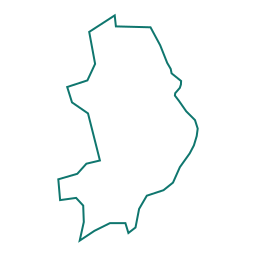 map outline of Krimuldas (Mercator projection)
{"feature_id": "LVA-5768", "entity_name": "Krimuldas", "entity_type": "Municipality", "adm_level": 1, "iso_a3": "LVA", "parent_name": "Latvia", "parent_adm1": "", "projection": "mercator", "projection_center": [24.791, 57.268], "detail": "fine", "context": "isolated", "style": "outline", "palette": "teal", "viewbox_px": 256, "rotation_deg": 0, "n_neighbors": 0, "source": "natural_earth", "source_scale": "10m", "svg_char_len": 645}
<svg xmlns="http://www.w3.org/2000/svg" viewBox="0 0 256 256"><path d="M150.5,27.3L160.2,45.3L167.2,62.9L170.7,68.9L171.6,73.4L181.1,81.0L180.9,84.6L179.8,87.9L175.2,93.2L174.9,95.6L178.9,100.8L186.2,111.3L195.0,120.1L197.7,128.6L196.7,136.1L193.9,145.4L189.7,153.4L179.9,167.1L173.0,182.6L163.5,190.2L146.8,195.7L139.1,208.9L135.5,227.5L128.4,233.0L125.4,223.1L110.0,223.1L94.5,230.8L79.7,240.6L83.8,222.0L83.2,205.6L76.1,197.9L60.1,200.1L58.3,179.3L77.3,173.8L86.4,163.7L99.9,160.5L96.9,148.5L88.0,113.4L72.0,102.4L67.2,87.0L87.4,80.4L95.1,63.9L89.2,31.9L114.7,15.4L115.9,26.4L150.5,27.3Z" fill="none" stroke="#0f766e" stroke-width="2"/></svg>